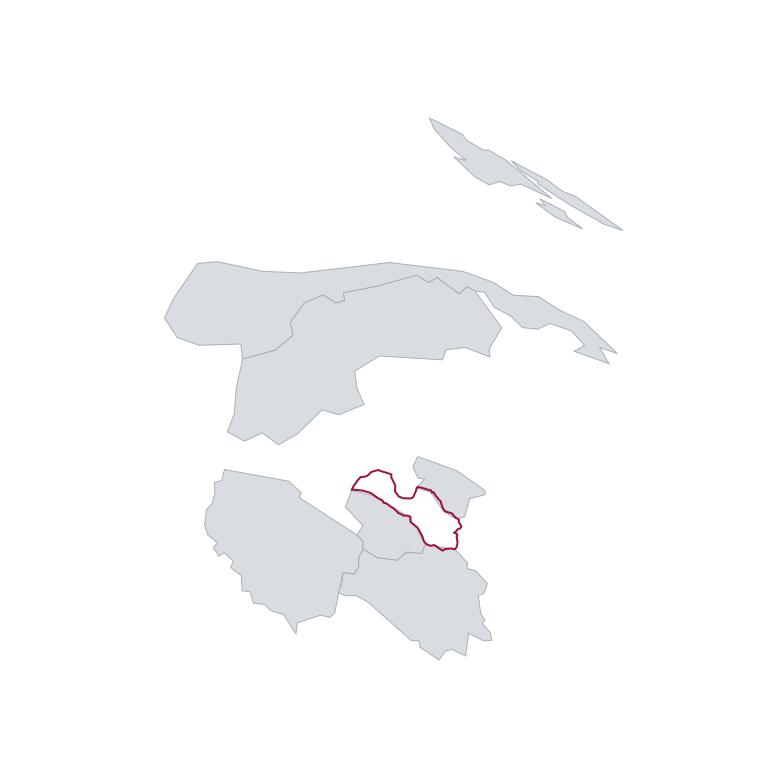 Latvia highlighted, Equal Earth projection, rotated 31°
{"feature_id": "LVA", "entity_name": "Latvia", "entity_type": "country or territory", "adm_level": 0, "iso_a3": "LVA", "parent_name": "Europe", "parent_adm1": "", "projection": "equal_earth", "projection_center": [25.364, 56.865], "detail": "fine", "context": "with_neighbors", "style": "outline", "palette": "rose", "viewbox_px": 768, "rotation_deg": 31, "n_neighbors": 6, "source": "natural_earth", "source_scale": "50m", "svg_char_len": 4860}
<svg xmlns="http://www.w3.org/2000/svg" viewBox="0 0 768 768"><g transform="rotate(31 384 384)"><path d="M348.1,132.4L353.5,129.6L372.8,129.3L432.3,138.6L398.6,142.1L390.7,149.0L378.7,150.9L371.5,159.2L355.2,159.6L326.9,153.4L339.6,149.9L319.9,147.1L295.2,139.3L286.1,132.6L322.5,129.7L329.3,132.5L348.1,132.4ZM566.4,250.7L530.2,258.0L536.0,247.6L517.2,241.9L494.8,246.8L487.8,257.6L473.8,264.3L458.1,260.6L438.9,261.4L423.0,253.5L414.1,257.4L405.0,258.0L402.2,268.0L374.7,265.5L370.1,274.1L355.9,274.1L328.4,303.1L302.3,326.7L307.3,332.5L301.2,339.4L285.9,339.1L273.9,355.6L272.0,379.6L281.0,389.0L273.3,411.1L250.0,435.4L240.6,423.5L205.6,446.0L183.1,450.7L162.0,440.6L159.6,419.8L162.1,376.5L178.6,364.8L222.2,349.8L255.3,331.8L325.9,277.2L393.4,246.9L425.5,240.6L449.2,241.3L471.3,229.6L497.4,230.2L523.1,227.5L568.4,237.7L550.1,241.6L566.4,250.7ZM509.9,129.3L490.4,133.7L452.1,134.7L413.2,133.3L411.0,131.0L392.1,130.9L378.0,127.2L418.7,125.0L437.6,126.9L451.0,124.6L509.9,129.3ZM474.4,148.8L444.4,152.8L420.8,150.5L430.2,148.0L422.2,145.0L450.0,143.1L455.2,146.6L474.4,148.8Z" fill="#d9dde1" stroke="#a8b0b8" stroke-width="1"/><path d="M250.0,435.4L273.3,411.1L281.0,389.0L272.0,379.6L273.9,355.6L285.9,339.1L301.2,339.4L307.3,332.5L302.3,326.7L328.4,303.1L355.9,274.1L370.1,274.1L374.7,265.5L402.2,268.0L405.0,258.0L414.1,257.4L456.0,275.3L456.0,299.8L460.9,306.2L434.8,310.9L419.7,322.6L421.7,333.1L365.5,362.4L352.3,388.1L362.7,401.3L377.4,411.8L361.3,433.5L344.1,438.0L335.5,471.4L324.8,490.4L304.7,488.5L293.9,504.8L274.4,505.7L270.9,486.3L259.3,463.3L250.0,435.4Z" fill="#d9dde1" stroke="#a8b0b8" stroke-width="1"/><path d="M529.9,489.1L547.6,494.3L550.1,499.4L558.8,496.9L575.4,501.8L577.4,511.6L574.1,517.2L585.2,531.0L592.3,534.8L591.5,538.7L603.2,542.4L608.4,548.1L601.9,552.8L584.9,554.1L594.0,575.1L579.2,576.4L574.1,581.2L573.3,592.2L550.7,591.1L546.0,586.0L539.6,589.8L482.4,579.2L469.0,579.7L459.4,585.7L451.1,586.5L450.9,576.8L445.7,566.7L456.1,562.3L456.3,553.7L451.6,545.6L451.0,536.2L467.5,536.3L485.9,528.3L489.8,516.5L503.6,509.8L501.9,500.5L529.9,489.1Z" fill="#d9dde1" stroke="#a8b0b8" stroke-width="1"/><path d="M451.0,536.2L451.6,545.6L456.3,553.7L456.1,562.3L445.7,566.7L459.7,605.8L457.7,612.0L449.0,614.6L432.7,633.3L437.1,643.4L416.6,633.4L403.8,636.6L395.5,634.3L384.9,639.1L376.3,631.1L368.9,634.2L360.3,621.8L347.3,620.4L346.0,613.4L334.1,610.9L331.2,616.7L321.9,612.1L323.4,605.9L310.4,604.0L302.6,596.9L296.5,582.9L298.3,575.3L294.9,563.7L289.3,556.0L294.5,550.3L291.4,539.5L352.4,516.4L369.0,519.9L370.1,525.0L438.4,527.4L447.0,529.6L451.0,536.2Z" fill="#d9dde1" stroke="#a8b0b8" stroke-width="1"/><path d="M501.9,500.5L503.6,509.8L489.8,516.5L485.9,528.3L467.5,536.3L451.0,536.2L447.0,529.6L438.4,527.4L439.0,516.3L414.1,509.3L411.1,491.9L430.3,485.7L474.6,485.0L476.9,489.2L485.8,490.5L501.9,500.5Z" fill="#d9dde1" stroke="#a8b0b8" stroke-width="1"/><path d="M525.3,423.4L527.8,426.7L516.5,438.0L521.6,456.4L514.7,462.7L501.1,462.6L479.7,452.8L465.7,456.3L467.7,444.6L461.7,447.1L451.4,440.1L450.2,428.9L491.1,420.8L525.3,423.4Z" fill="#d9dde1" stroke="#a8b0b8" stroke-width="1"/><path d="M503.6,499.4L502.7,499.3L500.4,498.7L498.4,497.7L497.1,496.4L495.1,494.7L493.7,493.8L491.6,492.7L488.0,490.4L486.7,489.9L480.4,488.9L478.1,488.5L476.0,485.9L475.3,484.4L474.3,484.2L473.2,484.5L471.9,484.8L469.1,486.5L468.2,486.8L466.4,486.8L462.3,487.2L460.4,486.5L457.2,485.8L455.4,485.7L453.8,485.7L446.9,485.1L445.6,485.8L444.4,485.9L443.1,484.8L441.6,484.5L439.9,484.9L436.8,484.9L433.1,484.5L428.4,484.3L427.7,484.4L422.5,485.9L421.2,486.1L415.5,488.7L410.9,491.1L410.5,487.3L411.1,479.6L411.9,475.8L415.0,473.6L416.6,471.9L417.6,469.6L417.9,467.5L418.6,465.7L423.2,460.8L426.7,460.2L431.5,458.8L436.8,457.7L437.8,459.2L438.3,460.3L444.7,464.3L446.3,465.7L448.7,470.4L454.6,472.8L459.3,472.1L461.3,470.9L465.1,468.8L466.8,467.2L467.2,465.7L466.5,459.3L465.6,456.5L465.9,454.8L466.6,454.9L468.2,454.0L473.4,452.5L474.4,452.4L475.6,452.1L478.9,451.0L479.9,451.6L480.8,452.3L481.3,452.3L481.5,452.0L481.4,451.6L481.7,451.3L482.6,451.4L486.4,453.4L487.9,453.8L488.9,453.9L490.1,454.8L493.3,455.4L493.7,455.9L493.9,456.5L497.0,458.9L498.4,460.2L501.1,461.3L502.2,461.6L507.0,460.4L508.3,460.0L509.4,460.0L510.5,460.6L513.0,461.4L515.3,461.7L515.7,461.6L517.7,461.7L518.4,462.0L518.8,463.6L521.1,464.8L523.1,465.8L523.7,466.3L523.8,467.2L523.7,468.3L523.5,468.9L522.6,469.5L521.9,471.1L521.8,472.7L520.7,475.3L521.0,475.4L523.5,474.9L524.2,475.2L524.7,475.8L524.9,477.5L525.8,478.2L526.6,479.4L526.9,480.3L528.5,481.4L528.7,482.1L529.7,484.7L530.1,486.1L530.3,487.2L529.8,488.7L529.4,489.6L528.9,489.6L527.5,489.8L525.3,491.0L521.9,493.8L521.1,494.4L520.2,496.5L518.1,496.6L517.5,496.6L515.5,496.6L511.2,496.1L509.6,496.4L507.4,498.6L506.6,498.9L504.0,499.2L503.6,499.4Z" fill="none" stroke="#9f1239" stroke-width="2"/></g></svg>